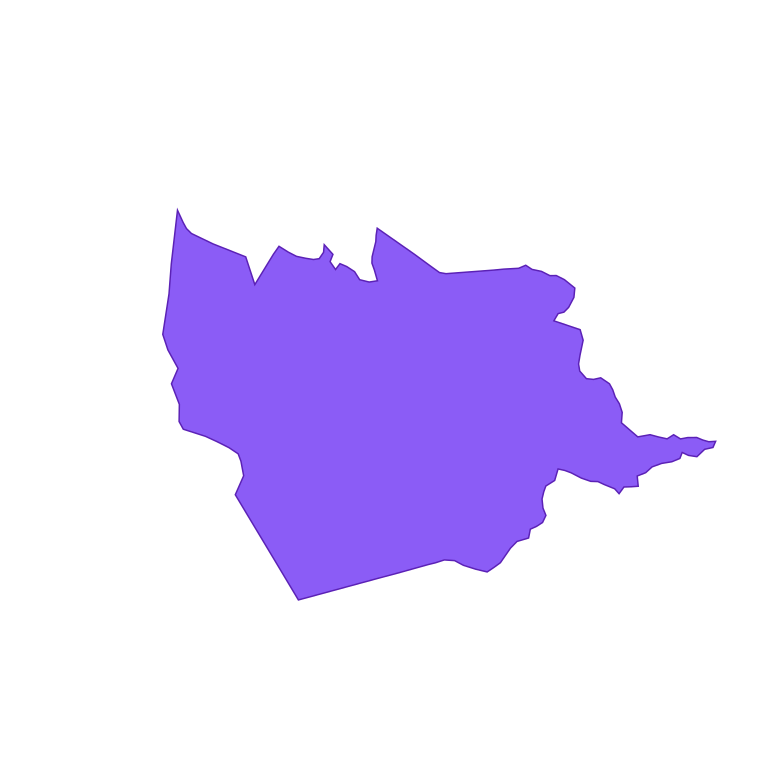 Capoeiras, Pernambuco, Brazil, rotated 318°
{"feature_id": "56859067B97544685328252", "entity_name": "Capoeiras", "entity_type": "district", "adm_level": 2, "iso_a3": "BRA", "parent_name": "Brazil", "parent_adm1": "Pernambuco", "projection": "natural_earth1", "projection_center": [-36.564, -8.678], "detail": "fine", "context": "isolated", "style": "filled", "palette": "violet", "viewbox_px": 768, "rotation_deg": 318, "n_neighbors": 0, "source": "geoboundaries", "source_scale": "gbopen_adm2", "svg_char_len": 1875}
<svg xmlns="http://www.w3.org/2000/svg" viewBox="0 0 768 768"><g transform="rotate(318 384 384)"><path d="M485.3,622.8L493.4,621.1L499.1,625.9L504.5,630.1L510.6,621.8L519.1,625.0L527.8,625.0L537.2,628.8L545.9,634.4L554.1,637.3L559.8,634.4L562.5,640.8L567.9,647.4L578.6,647.1L586.0,651.3L592.1,648.5L586.7,644.2L583.4,638.9L580.6,633.0L573.8,627.0L567.6,623.2L565.3,615.5L557.7,614.2L552.6,607.1L547.8,599.7L537.2,593.1L536.0,583.5L534.5,571.7L542.0,564.5L545.7,556.2L547.1,548.4L550.1,541.4L551.7,534.7L549.2,524.4L542.8,520.8L538.0,515.5L538.1,505.4L542.0,499.3L549.0,493.7L561.3,484.7L566.1,474.9L552.5,450.7L560.5,448.2L565.8,451.0L572.5,450.6L583.1,446.7L590.0,440.4L587.9,427.2L584.6,418.7L579.8,414.5L576.4,405.7L570.7,397.9L568.8,390.6L561.5,388.1L549.9,378.8L541.8,372.8L503.9,343.5L499.8,338.3L497.3,326.7L493.4,307.9L483.2,263.7L477.7,268.2L473.2,272.7L460.3,281.5L455.9,286.1L453.2,292.7L448.2,302.9L441.2,298.3L435.7,290.2L437.3,280.8L434.9,271.8L431.8,265.1L424.6,266.5L425.8,257.0L432.8,253.5L432.8,240.5L427.2,245.7L419.7,247.5L414.9,244.3L409.8,238.0L404.4,230.6L401.1,221.9L398.1,211.4L388.6,213.6L354.5,223.7L366.3,197.0L350.7,165.5L345.2,152.1L341.6,143.3L341.2,136.3L342.8,129.6L346.8,116.7L306.2,152.5L284.5,173.2L252.8,199.1L246.2,214.1L241.4,234.6L226.2,241.6L218.3,262.2L206.6,274.8L204.6,283.3L216.3,303.4L221.2,314.8L226.2,327.6L228.9,338.3L226.0,345.7L218.3,358.3L199.4,366.8L184.4,443.9L175.9,487.2L249.5,524.4L270.7,535.2L296.3,547.9L302.6,551.3L311.1,555.1L318.3,562.5L321.7,571.9L328.3,583.1L334.9,592.7L342.4,593.8L350.9,594.7L368.2,590.6L377.5,590.0L388.4,595.2L395.6,589.8L402.2,591.9L409.2,593.0L416.4,590.0L419.1,582.6L424.5,575.2L430.6,571.0L436.0,568.1L446.3,569.9L456.5,563.6L460.5,569.2L463.6,575.1L467.7,586.0L472.5,594.7L477.7,599.7L480.4,606.1L485.3,616.2L485.3,622.8Z" fill="#8b5cf6" stroke="#5b21b6" stroke-width="1.5"/></g></svg>